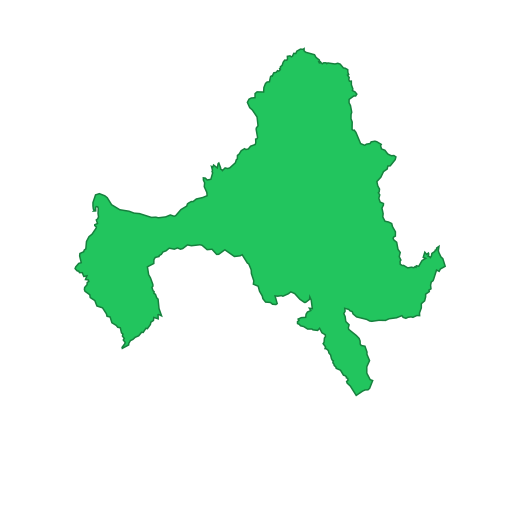 La Playa, Norte de Santander, Colombia (Robinson projection), rotated 155°
{"feature_id": "7082276B99344339057912", "entity_name": "La Playa", "entity_type": "district", "adm_level": 2, "iso_a3": "COL", "parent_name": "Colombia", "parent_adm1": "Norte de Santander", "projection": "robinson", "projection_center": [-73.187, 8.269], "detail": "fine", "context": "isolated", "style": "filled", "palette": "green", "viewbox_px": 512, "rotation_deg": 155, "n_neighbors": 0, "source": "geoboundaries", "source_scale": "gbopen_adm2", "svg_char_len": 6100}
<svg xmlns="http://www.w3.org/2000/svg" viewBox="0 0 512 512"><g transform="rotate(155 256 256)"><path d="M416.2,228.8L409.0,229.2L408.2,230.6L405.6,232.4L402.9,232.4L399.8,233.4L396.1,233.2L391.9,235.2L390.6,234.4L386.3,237.0L385.2,236.0L380.7,238.5L379.3,240.4L376.2,240.9L374.6,243.5L371.2,240.4L369.6,244.2L368.9,244.1L366.9,241.7L366.1,249.4L363.0,258.3L363.7,260.2L363.3,263.8L364.3,265.2L363.4,266.8L364.0,268.0L363.6,271.5L362.1,272.3L361.5,273.9L360.9,280.8L361.2,284.4L359.0,292.1L351.8,292.4L350.1,295.8L347.9,297.3L344.1,296.5L343.5,297.3L341.1,297.5L338.6,299.0L335.3,298.7L331.4,299.8L327.1,296.7L323.7,296.5L321.6,294.1L319.3,293.7L313.4,295.0L310.2,292.6L302.1,289.9L300.4,288.6L297.6,282.4L293.0,280.7L291.0,274.1L289.1,273.3L281.6,274.8L275.8,264.7L270.4,262.9L268.0,263.0L266.8,253.2L265.9,251.9L266.2,245.5L267.6,242.0L268.5,234.4L270.3,231.6L266.8,227.7L267.7,222.5L267.2,217.2L267.8,214.4L266.8,210.2L262.6,207.8L261.4,205.3L258.5,203.6L256.9,203.9L255.6,211.8L253.3,210.4L249.8,209.4L248.6,208.2L242.6,208.1L239.6,208.8L236.8,205.6L234.5,198.2L231.7,193.4L230.6,193.0L225.8,194.1L224.5,196.2L224.6,192.7L227.2,184.5L229.7,186.1L229.4,183.4L233.0,183.5L235.2,182.1L236.9,179.4L241.0,181.0L244.5,181.0L244.3,179.5L246.2,178.9L246.9,177.2L245.6,175.7L245.2,174.0L242.5,171.8L240.1,168.0L236.2,166.2L235.6,165.0L231.6,162.5L228.9,163.6L228.7,158.6L226.5,155.3L227.2,153.5L228.7,152.7L230.8,149.0L232.2,148.2L231.4,144.2L232.6,142.9L231.5,142.2L230.4,139.8L230.9,137.2L230.2,134.9L231.0,131.1L230.9,129.2L230.2,128.3L231.2,127.3L231.4,126.0L231.0,125.0L231.4,123.7L230.5,121.7L230.8,120.3L227.7,116.8L227.1,111.0L225.8,109.8L225.1,108.5L225.6,107.4L224.6,106.3L225.1,104.5L226.9,104.0L227.1,102.2L225.5,98.3L224.1,87.3L216.5,88.5L213.7,88.5L211.0,87.4L208.9,88.1L202.9,93.8L204.8,95.7L205.1,103.0L202.4,108.8L197.3,113.2L197.0,120.2L196.0,122.0L195.4,128.2L198.4,130.4L198.8,132.1L197.6,135.0L197.4,137.8L198.7,141.6L203.0,150.3L202.6,152.0L200.7,154.3L202.3,158.7L200.8,163.5L200.8,166.7L198.6,168.3L197.7,171.1L194.5,168.4L193.9,166.5L192.3,165.0L192.5,162.5L190.6,158.3L182.4,151.7L180.5,149.1L178.7,147.9L171.8,145.8L165.9,142.9L162.0,142.9L154.7,140.6L149.0,140.3L148.6,138.2L146.5,136.2L144.0,136.2L141.2,135.3L139.7,134.1L135.4,134.1L132.9,132.8L131.9,135.3L128.1,139.1L126.3,142.9L122.1,144.1L119.5,147.3L118.4,149.7L114.0,150.5L113.7,152.0L111.3,152.3L110.1,155.8L108.2,158.3L106.0,158.8L104.7,160.0L98.3,167.0L96.5,164.7L94.4,166.3L88.9,166.7L87.8,174.7L88.8,177.1L88.8,182.0L88.5,183.7L86.1,187.4L88.9,186.9L89.8,185.4L91.0,185.6L92.0,184.6L95.5,184.0L97.0,181.9L98.7,180.9L99.1,182.3L100.1,183.0L98.6,184.8L98.5,185.8L100.7,185.4L101.4,188.1L105.0,184.1L103.2,182.2L107.4,181.7L112.9,177.9L114.8,179.4L115.8,178.2L116.5,179.1L117.9,178.7L119.9,180.2L123.5,181.1L126.2,185.1L127.5,185.6L128.8,187.6L127.7,190.3L126.4,191.1L126.5,194.8L123.8,198.3L124.5,202.0L122.7,209.0L124.3,212.3L124.3,214.1L123.2,215.0L121.3,215.1L119.4,219.0L119.9,224.8L119.3,228.1L121.5,230.8L124.4,233.0L124.6,237.8L122.9,240.6L121.6,246.2L119.0,248.3L118.3,249.7L120.7,252.4L120.3,256.4L118.0,259.1L118.4,261.6L117.3,262.0L115.8,264.4L116.0,268.1L115.0,272.4L109.6,274.6L104.8,278.6L100.3,279.4L98.5,281.8L96.2,281.0L89.1,284.5L87.3,286.7L88.6,288.8L90.8,289.6L92.4,291.3L93.5,292.9L94.5,297.4L97.0,300.0L96.5,303.3L95.3,304.2L98.2,308.5L99.7,309.8L103.4,310.8L105.1,309.7L108.6,310.7L110.7,310.4L113.7,313.7L113.2,325.9L113.8,328.6L114.7,328.7L115.5,330.0L112.2,336.8L111.9,340.3L110.0,344.2L108.5,345.8L106.8,352.4L106.9,355.6L105.4,358.6L99.7,359.7L98.1,358.9L96.2,360.1L96.9,362.9L98.7,365.2L97.6,366.5L97.2,370.8L95.7,374.2L97.4,374.9L97.3,376.8L96.1,378.4L96.6,381.3L95.3,381.3L95.2,383.5L94.1,386.1L95.9,388.6L97.3,389.4L98.6,394.3L100.4,396.1L103.2,396.6L109.3,400.6L110.5,400.4L110.8,401.4L113.0,402.5L114.7,402.2L115.3,403.6L117.0,404.2L117.0,405.3L115.9,404.3L115.5,404.7L116.1,405.8L115.8,406.9L117.7,410.7L117.9,413.7L124.9,419.7L125.7,421.7L124.8,423.6L125.9,423.4L128.3,424.7L132.4,424.4L134.4,422.7L136.1,423.7L138.6,421.6L139.8,421.6L140.6,423.0L143.2,423.7L144.2,421.2L145.4,420.5L147.2,421.4L149.4,420.2L151.8,417.7L153.9,417.2L154.3,416.1L155.4,415.8L155.2,414.6L157.3,413.9L158.2,414.9L159.9,413.9L162.5,414.5L165.3,412.1L166.0,412.7L167.0,412.4L170.2,408.2L172.4,409.0L174.4,408.4L177.6,405.4L179.8,401.4L185.7,404.3L188.2,403.6L190.0,399.9L193.6,401.2L196.0,401.1L198.9,398.9L199.0,393.1L197.6,389.9L196.3,381.5L199.1,373.2L201.7,371.8L202.4,370.5L204.5,362.7L205.6,361.8L206.9,362.1L208.3,358.8L209.6,357.4L214.5,357.8L217.8,356.2L220.2,356.8L221.0,358.1L224.9,357.7L228.2,355.5L230.3,355.0L231.9,351.8L233.1,351.6L235.3,349.2L242.7,346.9L244.8,347.3L246.8,348.9L250.4,347.6L250.5,348.7L251.4,349.7L250.8,350.9L250.4,356.0L251.2,355.8L253.9,352.2L256.0,356.4L257.7,354.8L258.5,355.9L259.2,352.1L260.2,351.0L260.1,349.7L264.5,344.6L268.1,345.5L269.0,348.0L270.7,349.1L271.6,347.0L271.6,344.1L273.6,340.7L273.7,334.4L274.8,331.3L279.5,331.5L286.0,332.9L290.1,331.9L291.6,332.7L294.7,332.5L296.1,332.2L297.7,330.5L304.4,329.8L311.7,326.5L313.4,326.6L316.3,329.4L321.3,329.6L328.4,331.9L330.3,333.5L334.5,335.2L343.7,343.7L348.4,346.4L352.1,350.2L359.9,355.5L365.2,363.5L366.2,371.7L367.6,374.5L371.6,378.7L375.6,379.2L381.2,373.3L382.6,370.3L383.6,367.2L383.1,365.9L384.2,365.4L382.2,364.6L380.9,367.6L379.9,368.3L378.7,367.5L378.8,365.9L381.2,361.3L382.2,358.0L383.9,356.5L385.5,356.2L385.9,352.4L388.9,352.5L389.3,351.7L388.4,349.8L389.0,348.9L395.3,345.1L399.2,344.1L403.5,340.8L407.2,334.4L409.1,334.0L410.4,332.7L414.5,332.7L415.8,330.6L417.2,323.8L419.8,324.2L424.0,322.3L425.3,321.0L424.3,318.0L423.1,317.2L423.0,315.5L420.5,314.3L420.7,310.2L417.6,309.5L420.5,306.7L418.2,305.3L418.3,303.6L420.2,303.3L421.2,301.4L424.6,299.9L425.7,298.1L425.9,296.3L423.0,291.1L423.8,288.4L420.9,283.7L421.3,277.9L417.0,273.9L416.0,266.8L416.5,264.3L414.0,262.4L414.8,256.4L412.0,252.2L411.4,249.8L409.3,248.3L410.4,243.2L409.6,241.5L410.9,239.9L410.2,237.0L411.8,236.0L411.1,233.1L411.9,232.0L416.0,229.8L416.2,228.8Z" fill="#22c55e" stroke="#15803d" stroke-width="1.5"/></g></svg>